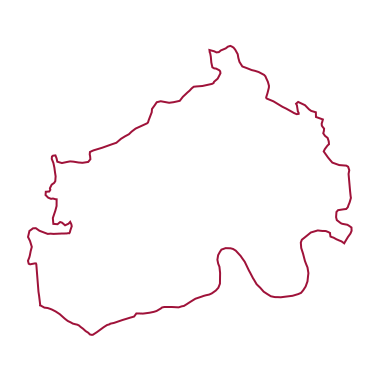 Al-Shuhada, Al Minufiyah, Egypt (Mercator projection), rotated 273°
{"feature_id": "37247803B57305898539534", "entity_name": "Al-Shuhada", "entity_type": "district", "adm_level": 2, "iso_a3": "EGY", "parent_name": "Egypt", "parent_adm1": "Al Minufiyah", "projection": "mercator", "projection_center": [30.864, 30.601], "detail": "fine", "context": "isolated", "style": "outline", "palette": "rose", "viewbox_px": 384, "rotation_deg": 273, "n_neighbors": 0, "source": "geoboundaries", "source_scale": "gbopen_adm2", "svg_char_len": 4474}
<svg xmlns="http://www.w3.org/2000/svg" viewBox="0 0 384 384"><g transform="rotate(273 192 192)"><path d="M334.7,202.0L332.4,202.4L331.5,202.9L328.1,203.7L322.4,204.5L317.6,205.8L316.6,207.7L316.5,209.6L315.0,212.9L314.0,213.8L312.1,214.2L309.8,213.2L306.5,211.7L303.3,208.3L302.5,208.0L301.9,207.8L301.0,206.3L299.3,200.1L298.4,196.8L297.6,190.6L297.2,188.2L295.4,186.2L293.1,184.3L291.2,182.3L286.6,177.9L282.4,175.0L281.6,172.1L280.7,168.8L279.9,164.5L281.0,156.0L279.8,152.1L276.5,150.1L274.2,148.6L272.8,147.7L269.5,147.6L261.5,145.0L259.1,144.4L258.2,143.5L252.4,132.4L249.8,129.3L249.0,128.4L246.4,126.0L244.1,122.2L241.4,118.3L237.2,113.9L235.5,109.6L231.5,100.0L228.4,91.4L227.7,90.0L226.6,88.0L224.2,87.9L222.3,88.4L219.4,88.8L216.6,86.8L215.4,81.1L215.5,78.3L215.5,77.3L216.1,72.0L216.2,68.7L215.4,65.4L214.1,60.6L215.2,55.9L218.5,55.0L221.4,53.7L221.0,51.3L220.1,50.3L217.7,50.2L213.9,52.0L212.1,52.5L209.1,53.3L204.3,54.2L200.5,55.0L195.7,54.9L193.9,53.9L192.0,51.5L188.3,49.9L186.8,50.4L185.0,49.4L184.6,46.0L181.3,45.9L178.8,48.7L177.8,51.6L178.2,53.5L177.6,56.3L177.6,57.2L170.9,57.5L166.2,56.5L158.7,54.4L152.9,55.2L152.8,59.4L154.2,60.9L155.1,61.9L154.6,63.8L152.1,67.0L153.9,70.4L155.8,71.9L153.4,73.2L151.5,73.7L147.7,72.6L145.3,72.1L144.4,71.6L144.4,70.6L144.0,68.7L143.7,64.0L142.9,55.9L143.0,53.0L142.6,50.1L145.3,41.7L147.7,37.9L147.4,35.1L146.1,33.6L144.6,31.7L138.5,30.6L134.6,32.8L128.8,34.9L124.6,34.0L120.3,33.4L118.3,33.0L114.7,31.8L111.8,32.7L111.3,34.1L112.5,38.9L112.5,39.9L111.6,40.3L108.7,40.7L102.5,41.5L84.4,43.9L80.5,44.7L71.4,46.3L71.0,46.2L70.9,46.2L70.9,46.3L70.8,46.6L68.8,50.7L68.8,51.0L68.6,53.9L67.9,56.4L67.3,58.2L65.6,62.0L63.1,66.3L59.0,71.4L57.5,73.5L56.6,74.9L55.5,77.6L54.3,80.0L54.1,81.2L53.9,82.0L53.5,84.4L52.8,86.1L51.9,87.2L51.3,88.0L49.8,90.3L47.5,93.1L46.0,95.8L44.4,97.5L44.1,99.3L44.2,100.4L47.1,104.4L52.4,110.9L54.7,114.1L55.6,116.7L56.2,117.2L57.1,120.7L58.0,123.0L60.5,129.2L61.3,131.4L61.5,132.0L63.2,136.6L63.9,138.7L64.6,140.7L67.8,142.8L67.8,143.0L67.9,144.3L68.0,149.2L68.1,150.0L69.2,155.9L70.3,160.1L71.3,162.8L74.0,166.9L75.1,168.1L75.7,170.3L76.1,178.3L76.1,184.7L77.3,187.8L77.8,189.9L80.1,193.2L80.5,193.7L82.5,196.5L85.0,200.1L85.6,201.0L88.3,207.8L88.8,208.9L89.6,211.3L90.5,214.6L91.8,217.1L94.8,220.9L97.7,223.3L101.9,224.7L112.6,224.3L118.8,223.3L121.8,221.9L125.7,220.9L130.3,221.4L132.0,222.2L133.3,222.8L133.6,223.0L133.8,223.1L134.0,223.2L136.0,224.4L137.7,228.5L137.8,233.4L137.5,234.9L137.2,236.1L135.7,238.8L131.0,243.6L130.9,243.7L130.7,243.9L128.6,245.5L125.1,248.3L116.5,253.0L114.6,254.2L108.8,257.6L108.2,258.1L107.9,258.3L103.2,261.4L100.5,264.5L100.4,264.6L100.3,264.8L96.2,268.8L94.1,272.4L92.0,276.2L91.4,280.1L91.4,280.7L91.5,283.1L91.5,286.1L92.2,289.9L93.6,297.8L95.6,303.4L97.0,306.2L99.7,308.2L103.5,310.4L108.8,312.0L114.3,312.3L117.0,312.5L122.7,311.3L125.4,310.0L129.0,308.4L136.3,306.1L141.8,304.0L147.2,303.3L150.1,304.2L152.2,306.6L154.8,309.5L157.8,312.8L159.0,316.2L160.2,319.6L160.0,322.6L159.9,324.8L160.0,325.6L160.0,327.7L159.1,330.3L158.3,332.0L158.1,332.0L157.2,332.1L156.3,332.3L154.8,332.6L154.4,333.6L153.8,335.8L153.7,336.0L152.3,338.8L151.9,340.0L151.6,340.7L150.5,343.9L148.7,346.7L150.0,347.3L151.3,348.0L153.2,349.0L154.1,349.5L155.1,350.0L158.8,352.4L161.6,353.4L164.9,353.1L166.4,350.7L167.4,348.9L168.1,343.7L168.6,342.3L171.5,338.1L174.4,337.2L179.6,337.3L181.5,338.8L182.7,344.5L183.1,346.9L185.0,348.4L186.9,348.9L189.7,349.9L193.1,350.7L194.4,351.0L196.3,350.6L201.3,349.8L214.7,347.9L218.2,347.4L222.0,347.9L225.4,346.6L226.4,344.7L226.6,337.6L228.7,330.6L231.1,328.3L233.6,326.0L239.4,321.4L241.8,322.4L245.5,324.9L246.9,326.3L249.7,325.9L253.1,324.6L254.1,323.2L255.1,321.8L257.5,320.0L259.8,320.5L262.2,320.6L263.7,319.2L265.0,318.2L267.0,317.9L268.9,318.4L271.3,318.9L273.4,311.9L278.1,311.5L279.2,306.8L280.7,304.5L284.6,300.3L287.5,293.3L285.6,291.3L284.7,291.8L284.2,292.2L278.0,293.5L276.5,294.4L275.6,294.4L275.2,292.5L276.2,289.7L277.2,287.8L280.2,281.7L281.8,277.9L285.3,271.4L286.8,268.6L288.3,264.4L289.1,262.1L289.4,261.5L290.3,261.1L294.6,262.2L300.2,263.3L302.1,263.3L306.0,262.0L310.0,259.9L311.3,259.3L312.7,257.9L315.3,252.3L316.3,248.5L316.9,245.2L318.5,240.5L320.0,235.7L324.4,232.6L328.2,231.3L332.1,230.4L333.5,229.5L336.4,227.7L338.4,225.9L339.4,224.0L339.9,222.6L339.0,220.2L337.2,218.2L335.8,215.3L334.9,213.4L333.1,211.5L332.7,209.1L333.7,206.7L334.7,202.0Z" fill="none" stroke="#9f1239" stroke-width="2"/></g></svg>